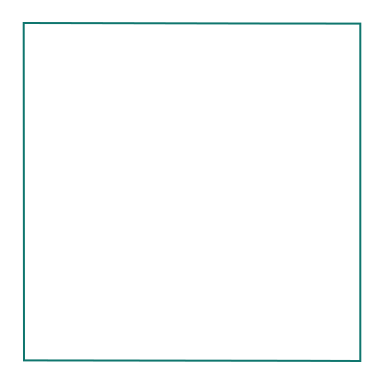 Swisher, Texas, United States of America (Mercator projection)
{"feature_id": "52423323B50579359224447", "entity_name": "Swisher", "entity_type": "district", "adm_level": 2, "iso_a3": "USA", "parent_name": "United States of America", "parent_adm1": "Texas", "projection": "mercator", "projection_center": [-101.671, 34.53], "detail": "fine", "context": "isolated", "style": "outline", "palette": "teal", "viewbox_px": 384, "rotation_deg": 0, "n_neighbors": 0, "source": "geoboundaries", "source_scale": "gbopen_adm2", "svg_char_len": 206}
<svg xmlns="http://www.w3.org/2000/svg" viewBox="0 0 384 384"><path d="M300.7,360.8L360.3,361.0L360.3,23.6L259.6,23.5L23.7,23.0L24.0,360.4L300.7,360.8Z" fill="none" stroke="#0f766e" stroke-width="2"/></svg>